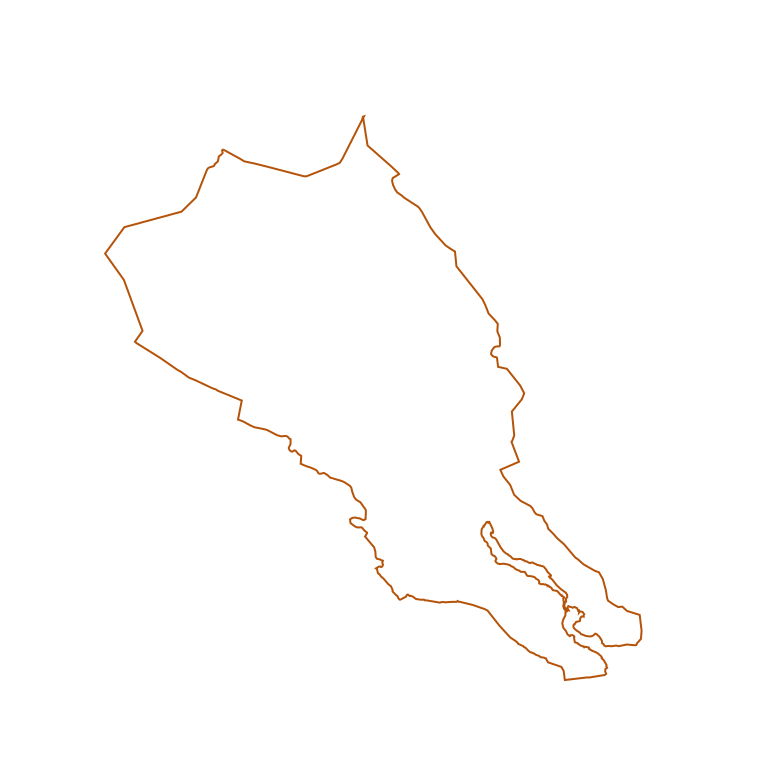 outline of Modalen nor, Hordaland, Norway, rotated 280°
{"feature_id": "86288312B70399865031783", "entity_name": "Modalen nor", "entity_type": "district", "adm_level": 2, "iso_a3": "NOR", "parent_name": "Norway", "parent_adm1": "Hordaland", "projection": "orthographic", "projection_center": [5.762, 60.88], "detail": "fine", "context": "isolated", "style": "outline", "palette": "amber", "viewbox_px": 768, "rotation_deg": 280, "n_neighbors": 0, "source": "geoboundaries", "source_scale": "gbopen_adm2", "svg_char_len": 6165}
<svg xmlns="http://www.w3.org/2000/svg" viewBox="0 0 768 768"><g transform="rotate(280 384 384)"><path d="M143.3,653.0L144.7,651.9L145.8,652.0L150.1,648.4L151.7,646.0L152.3,646.2L153.7,645.0L156.1,640.9L157.1,637.3L157.3,635.5L157.8,634.8L157.9,633.6L158.4,633.2L158.8,631.7L160.1,631.5L160.2,628.4L159.4,626.9L160.3,626.2L160.1,625.0L160.4,624.4L160.6,622.8L161.6,621.2L161.6,620.6L162.5,619.4L162.8,616.8L167.0,615.2L168.1,615.4L169.1,614.6L169.3,613.1L169.0,611.3L168.3,611.1L167.9,610.7L168.1,610.4L169.4,608.1L172.3,606.1L175.0,603.0L179.2,601.1L184.0,601.6L187.5,602.8L190.9,602.3L191.6,603.3L193.8,600.5L196.0,599.2L199.8,599.1L203.7,597.8L205.0,598.4L205.5,597.9L206.1,595.9L206.7,596.0L207.0,594.5L210.2,590.6L210.3,586.0L212.4,584.1L213.0,582.3L213.4,582.1L213.6,581.4L213.3,580.3L214.1,580.2L214.3,578.6L214.7,577.9L214.4,576.7L214.6,575.4L214.1,573.6L214.4,572.8L214.4,571.7L215.0,571.2L216.7,571.2L217.9,569.8L218.6,567.5L219.7,566.3L220.2,564.2L220.2,561.1L219.9,559.2L220.2,558.1L223.4,555.3L222.8,551.2L223.7,549.7L223.9,547.8L224.7,545.5L226.2,543.1L226.7,540.6L227.4,539.8L227.8,536.9L227.8,533.0L226.8,529.5L226.8,527.6L227.6,525.9L228.3,524.9L229.5,524.4L231.1,525.1L232.3,524.5L233.9,522.7L233.9,521.6L235.1,519.4L240.6,517.7L242.9,514.3L245.1,513.6L246.4,512.0L246.5,511.2L247.1,510.2L248.9,509.3L251.5,506.8L253.3,505.9L257.7,505.4L260.3,506.3L261.3,507.7L260.9,506.9L261.8,506.7L262.2,507.5L265.6,508.9L266.1,509.7L265.5,510.6L266.3,510.9L266.5,511.6L260.6,515.8L257.5,517.2L256.1,516.9L256.4,515.8L256.2,515.2L254.6,515.2L253.1,515.9L252.3,516.7L251.8,517.8L251.5,520.0L250.4,521.5L243.5,527.1L240.0,530.7L238.2,533.9L237.5,536.1L237.0,536.4L236.4,538.3L234.4,541.0L234.3,543.9L234.6,544.5L234.4,545.2L235.2,547.4L235.4,549.2L234.9,550.9L234.8,552.2L234.0,553.6L234.1,555.1L233.1,558.0L233.0,559.2L233.8,560.2L233.9,561.8L233.3,563.1L233.1,564.7L232.4,566.4L232.5,567.4L232.2,568.4L232.5,569.2L232.0,570.7L232.2,571.6L231.8,573.1L228.8,576.6L227.5,577.4L224.5,581.7L223.5,581.5L223.0,580.1L222.2,580.7L220.7,583.6L215.7,589.1L212.5,594.2L210.1,599.2L208.3,600.9L205.9,601.5L204.2,600.4L201.6,601.1L201.2,601.1L201.1,600.4L200.6,600.1L196.6,600.1L194.9,601.2L193.1,604.2L193.1,605.2L195.3,603.4L197.3,604.1L196.8,605.9L197.0,606.7L196.4,608.6L197.6,610.4L197.1,611.4L196.9,612.9L194.9,614.4L195.0,615.4L194.3,615.5L194.0,615.1L193.5,615.9L192.9,615.9L194.1,616.6L194.0,619.1L192.0,621.2L190.2,620.6L189.6,621.0L189.2,618.8L187.3,617.9L184.9,618.2L184.3,617.6L183.1,614.5L180.5,613.5L180.2,612.7L179.6,612.5L177.4,612.8L176.1,614.0L174.5,616.8L173.3,619.8L171.7,621.7L171.8,622.5L170.9,626.8L171.1,630.2L171.6,632.2L172.6,633.7L174.8,635.4L174.7,636.6L172.5,640.0L170.1,642.2L168.7,643.3L166.6,643.8L165.9,645.5L164.7,646.2L164.2,648.0L165.0,650.4L165.3,653.8L166.7,657.9L166.6,660.8L169.6,668.3L170.3,676.5L170.7,677.8L172.2,678.0L177.6,681.3L185.8,680.5L201.0,675.9L202.7,662.7L206.1,657.4L205.0,653.3L207.0,647.7L209.5,642.3L211.6,641.0L219.5,638.3L230.0,633.3L235.9,628.4L236.6,624.2L241.0,611.9L245.0,605.4L246.4,602.4L257.4,589.2L262.2,581.3L265.9,576.7L270.0,570.8L273.9,569.0L277.2,565.6L281.4,563.0L282.2,556.6L283.9,554.5L287.7,551.5L289.3,549.2L292.6,538.9L297.5,531.4L306.5,525.8L313.8,517.5L319.7,513.5L330.9,530.5L349.2,519.6L350.0,520.1L355.9,521.2L379.1,514.7L392.9,522.4L399.2,523.7L406.2,518.3L420.3,502.4L420.7,493.4L429.5,490.7L429.9,489.7L429.9,487.8L430.5,486.0L432.1,484.2L435.6,484.3L438.9,485.9L439.8,486.6L440.9,489.6L441.1,491.2L442.4,491.5L449.9,490.0L455.4,486.5L463.0,485.6L466.1,482.1L471.5,474.8L479.4,470.0L484.6,466.2L512.5,434.9L526.8,430.9L528.4,426.7L531.1,420.7L540.4,408.5L546.2,402.6L560.2,391.4L563.7,387.9L564.7,386.3L571.0,371.4L572.6,368.9L575.0,363.7L577.5,361.2L581.7,358.3L585.4,356.7L586.8,356.7L588.3,356.8L593.3,362.4L594.1,361.7L599.3,353.8L616.0,326.4L642.4,317.3L644.1,317.8L643.6,316.9L640.1,316.5L598.9,304.0L594.2,302.1L591.9,298.9L575.8,272.8L574.9,271.1L574.7,268.6L577.7,231.7L578.6,218.8L579.0,207.7L580.7,203.5L586.7,185.7L586.7,184.4L585.9,184.0L583.6,185.0L581.8,184.0L579.4,181.8L574.8,181.8L573.6,181.2L571.1,179.1L569.7,179.0L568.9,178.3L567.0,174.5L566.1,173.4L564.4,172.5L535.1,166.5L518.6,154.7L493.4,101.1L464.0,86.7L441.3,109.8L394.4,137.0L382.4,131.4L381.2,133.4L370.9,158.9L362.2,177.8L360.4,182.7L356.4,190.8L355.0,197.4L350.0,215.8L349.4,219.6L348.5,221.5L343.0,246.8L323.6,246.4L322.8,251.3L320.0,259.6L318.9,264.1L318.7,274.0L318.4,276.8L315.0,287.7L314.6,292.0L315.7,295.7L315.7,297.4L314.8,299.1L313.7,300.3L313.4,301.6L308.2,302.4L305.0,301.3L303.9,301.5L302.2,302.8L301.5,304.3L301.5,305.5L303.1,307.3L303.0,308.4L300.2,311.8L298.8,315.0L291.0,315.8L289.6,321.5L289.0,326.1L287.6,331.7L286.8,333.2L284.7,334.9L284.4,336.5L286.0,340.4L284.5,344.1L282.5,347.2L281.1,359.3L280.5,361.8L277.8,368.1L276.2,369.8L272.0,371.6L267.3,374.4L265.3,376.6L263.4,381.3L257.1,387.7L255.3,388.3L247.7,389.3L246.5,387.8L246.4,387.1L247.5,383.0L247.3,381.4L247.5,378.7L246.6,376.0L244.7,374.0L241.2,375.2L238.7,380.1L238.1,382.6L238.9,386.6L238.7,387.3L236.2,390.3L234.7,393.1L234.0,393.2L230.5,391.8L221.5,402.6L217.5,404.6L212.1,405.9L210.6,407.6L210.5,410.8L209.8,412.7L209.8,413.6L207.8,413.3L205.7,414.4L203.9,413.9L203.2,412.9L203.6,411.9L203.3,410.8L201.0,408.1L200.4,409.3L196.8,410.8L196.3,411.3L196.1,412.3L193.8,414.6L192.5,417.0L187.7,422.9L186.0,426.0L182.6,428.3L181.1,428.5L178.1,432.7L177.6,434.0L175.4,435.4L174.4,436.8L174.6,437.8L178.5,442.7L180.2,443.1L180.6,443.5L180.7,444.3L179.6,446.2L180.1,447.1L179.5,449.7L178.0,452.3L177.8,453.4L178.0,458.3L178.6,460.8L178.0,461.9L178.3,462.8L178.4,477.1L179.3,478.6L179.7,481.4L179.6,482.7L179.9,483.2L181.2,488.5L182.0,493.1L183.1,494.2L182.5,495.0L182.7,496.1L181.8,509.9L179.8,522.3L178.9,525.3L166.1,539.6L156.3,552.4L153.6,558.5L152.4,560.5L151.4,561.2L150.0,566.8L149.1,567.7L148.8,569.2L146.3,572.6L145.2,574.9L145.3,575.6L144.8,577.1L144.8,578.1L143.7,580.6L143.1,584.1L142.2,585.5L142.3,589.1L141.8,590.5L142.0,591.0L138.4,593.8L136.2,607.8L132.7,610.7L123.9,613.5L130.4,635.3L130.5,636.8L135.8,652.0L137.2,653.1L139.3,651.7L141.8,651.6L143.3,653.0Z" fill="none" stroke="#b45309" stroke-width="2"/></g></svg>